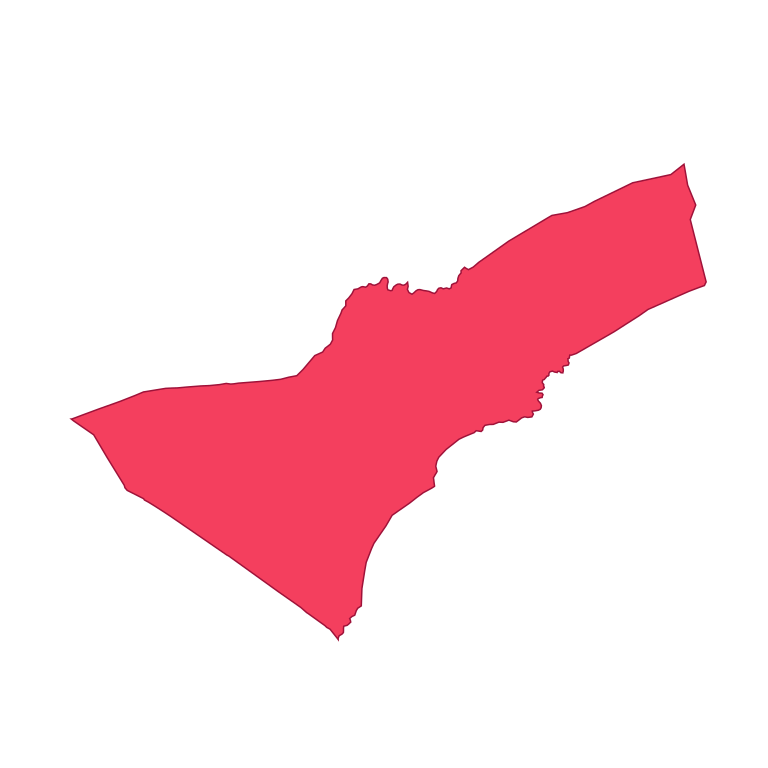 outline of Ad Dinder, Sennar, Sudan, rotated 98°
{"feature_id": "16777658B21408858343438", "entity_name": "Ad Dinder", "entity_type": "district", "adm_level": 2, "iso_a3": "SDN", "parent_name": "Sudan", "parent_adm1": "Sennar", "projection": "robinson", "projection_center": [34.843, 12.697], "detail": "fine", "context": "isolated", "style": "filled", "palette": "rose", "viewbox_px": 768, "rotation_deg": 98, "n_neighbors": 0, "source": "geoboundaries", "source_scale": "gbopen_adm2", "svg_char_len": 5252}
<svg xmlns="http://www.w3.org/2000/svg" viewBox="0 0 768 768"><g transform="rotate(98 384 384)"><path d="M291.6,153.4L283.4,143.8L281.1,141.1L273.4,132.9L255.2,103.7L249.7,94.8L244.8,85.9L241.9,80.4L240.2,79.9L238.1,79.2L192.5,97.9L178.5,103.6L163.4,100.2L144.8,111.0L131.7,115.2L124.6,117.5L136.7,129.1L150.1,165.7L173.8,201.0L180.3,209.7L188.8,226.2L193.7,241.2L196.2,244.4L225.0,280.2L250.4,307.2L255.8,311.9L259.0,316.3L258.1,318.7L257.2,320.5L261.1,323.5L263.2,323.1L266.3,325.0L269.0,325.5L271.7,325.4L273.8,326.5L274.7,328.7L276.1,330.7L277.6,330.9L279.4,330.9L280.7,332.6L280.2,335.4L281.5,338.6L280.8,340.9L281.5,343.0L283.0,344.1L284.7,344.6L286.3,345.6L287.3,346.6L287.0,348.9L286.0,352.3L285.9,354.7L285.9,357.9L285.5,361.6L285.9,363.5L287.2,365.2L289.8,367.3L291.2,368.8L290.0,372.0L287.1,374.0L283.9,373.7L280.0,374.8L282.2,376.4L283.4,378.1L283.5,379.8L282.8,382.1L283.2,384.2L284.1,385.6L286.3,387.8L288.5,388.6L290.2,389.0L290.7,390.3L290.2,393.3L288.8,394.0L286.4,394.5L284.1,394.4L282.4,394.1L279.7,394.9L278.3,396.3L278.6,398.9L279.5,400.3L281.9,401.4L284.5,402.4L286.5,405.1L287.5,407.0L287.5,409.2L286.7,411.0L286.9,412.9L289.3,414.1L290.7,415.7L290.5,418.5L291.0,420.0L293.4,423.1L294.6,426.8L298.9,428.2L299.3,428.4L300.9,429.3L303.7,430.9L307.0,433.4L311.9,432.7L316.2,435.6L316.4,435.8L320.0,436.5L327.6,438.9L334.9,439.9L341.2,442.0L344.6,441.5L347.6,441.0L352.1,442.7L356.7,447.2L360.9,449.2L365.5,456.5L380.9,466.2L387.9,471.5L390.5,479.2L393.7,486.9L395.9,495.1L398.9,507.8L399.5,510.5L403.4,528.2L404.8,533.0L405.4,535.8L405.4,540.3L407.5,546.8L408.7,551.8L409.9,556.8L411.5,565.5L411.8,566.8L414.5,579.0L416.6,587.9L417.5,593.2L418.7,599.6L425.0,619.9L425.3,621.0L429.9,628.7L437.7,642.5L440.4,647.6L448.4,662.9L457.4,679.6L460.1,684.5L461.9,687.9L462.0,688.0L462.1,688.4L462.2,688.8L463.8,686.1L474.7,664.4L495.0,648.2L520.5,627.1L522.8,626.1L525.1,623.5L531.0,606.1L532.2,605.1L533.8,600.8L537.0,593.5L541.7,583.3L544.7,577.0L559.6,547.1L568.6,529.1L575.4,515.5L575.8,514.1L604.5,459.5L616.9,435.2L621.2,428.7L621.7,427.5L629.0,413.6L631.4,409.0L633.0,406.8L634.3,403.3L640.0,397.3L641.6,395.6L643.4,393.8L642.0,394.0L641.9,394.0L641.7,393.9L640.0,393.5L639.9,393.5L639.6,393.4L639.4,393.2L639.1,392.8L638.9,392.6L638.4,391.9L638.0,391.4L637.8,391.1L637.7,391.0L637.6,390.9L637.3,390.6L637.1,390.5L636.4,390.0L636.2,389.9L635.9,389.7L635.6,389.6L634.9,389.7L634.7,389.7L633.6,389.8L632.3,390.0L632.2,390.0L631.7,390.1L631.2,390.1L630.6,390.1L629.9,390.2L629.5,390.2L629.3,389.8L628.1,386.9L626.6,385.5L624.6,384.0L624.5,383.9L624.4,383.8L623.0,384.3L622.4,384.5L621.1,385.4L618.8,383.5L617.0,380.8L612.3,379.9L609.7,378.8L606.9,375.6L589.6,377.4L572.0,377.1L563.1,376.8L548.7,373.4L543.2,371.8L524.2,362.3L512.9,357.7L510.3,354.9L508.6,353.1L508.1,352.6L503.6,347.7L497.9,341.6L491.6,335.6L486.3,330.1L486.0,329.8L484.5,327.7L480.6,322.4L479.5,321.1L478.6,320.1L478.4,319.8L478.2,319.7L477.7,319.8L477.1,320.0L474.7,320.7L474.3,320.8L473.5,321.0L471.9,321.4L470.6,321.8L470.3,321.9L469.9,322.0L469.7,321.9L469.4,321.8L469.3,321.7L468.8,321.5L466.9,320.8L466.5,320.6L466.3,320.5L466.2,320.5L465.1,320.0L464.7,319.8L464.0,319.6L463.4,319.3L463.2,319.3L462.7,319.5L458.2,321.3L457.1,321.2L456.7,321.2L453.0,320.9L449.9,319.9L448.8,319.5L440.2,313.4L428.3,302.1L425.6,298.1L424.2,295.8L422.8,293.4L421.2,290.7L420.0,288.6L419.8,288.2L419.7,288.1L419.5,287.9L419.4,287.8L419.2,287.6L418.8,287.3L418.5,287.1L418.3,286.9L418.0,286.6L417.7,286.4L417.4,286.2L417.5,281.2L415.9,279.9L413.4,279.8L410.9,278.3L410.4,276.9L409.4,273.9L408.8,270.2L405.8,264.9L405.4,260.8L403.3,256.9L402.4,255.3L403.4,250.7L403.2,247.7L400.8,245.3L398.4,243.0L396.9,240.1L397.1,237.0L396.0,233.0L393.0,231.9L391.4,233.1L390.2,233.4L389.6,230.8L388.5,227.5L387.3,225.8L385.7,225.1L383.5,225.1L381.3,226.4L379.3,228.8L377.9,229.7L376.9,229.2L375.8,227.1L375.3,225.5L373.9,225.5L372.5,225.0L371.1,226.2L371.3,229.1L370.9,231.5L370.8,231.4L370.7,231.4L369.0,229.9L368.9,229.8L368.7,229.7L368.6,229.3L368.3,228.3L368.1,227.6L367.7,226.4L367.6,226.2L367.3,226.0L366.1,225.3L365.9,225.2L365.5,225.0L365.5,224.9L365.4,224.9L365.2,224.8L364.9,224.9L364.7,225.1L364.4,225.3L364.2,225.4L364.0,225.5L363.8,225.7L363.7,225.7L363.3,225.7L363.0,225.7L362.9,225.7L362.7,225.7L362.2,225.8L361.9,226.2L361.5,226.6L361.3,226.8L361.1,227.1L360.8,227.3L360.7,227.3L360.3,227.5L360.2,227.5L359.9,227.5L359.6,227.5L359.3,227.5L358.2,227.5L357.7,226.9L357.2,225.9L356.3,225.4L356.0,225.2L355.8,225.1L355.7,225.0L355.0,224.5L354.6,224.3L353.6,223.8L353.3,222.6L353.1,222.5L352.3,221.9L350.8,222.2L348.9,221.5L348.4,220.4L347.9,219.2L347.8,218.9L348.4,216.9L348.5,214.2L348.4,214.2L348.1,214.1L347.7,213.9L347.4,213.8L347.4,213.6L347.0,212.1L348.2,210.4L348.2,209.7L348.1,209.3L348.1,209.1L348.1,208.5L347.9,208.5L347.3,208.4L346.8,208.3L346.7,208.3L346.4,208.3L346.2,208.3L345.3,208.4L345.2,208.4L344.7,208.5L344.3,208.6L344.2,208.6L343.8,208.8L343.4,209.0L343.1,209.1L342.7,209.4L342.6,209.5L342.3,209.5L341.6,209.0L341.1,208.7L340.9,208.0L340.4,206.4L340.1,205.5L339.5,204.1L337.4,203.7L336.0,204.8L334.1,205.2L333.4,205.4L333.3,205.2L332.5,204.1L329.6,204.1L329.3,202.3L327.0,197.8L300.3,163.5L291.6,153.4Z" fill="#f43f5e" stroke="#9f1239" stroke-width="1.5"/></g></svg>